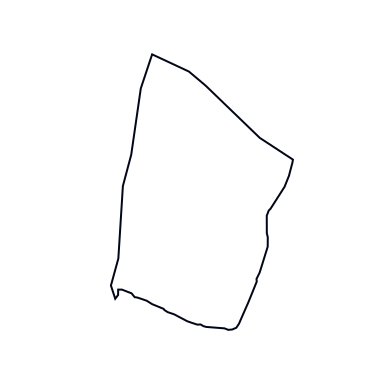 Dorra, Tadjourah, Djibouti, rotated 162°
{"feature_id": "41766387B22586556456338", "entity_name": "Dorra", "entity_type": "district", "adm_level": 2, "iso_a3": "DJI", "parent_name": "Djibouti", "parent_adm1": "Tadjourah", "projection": "orthographic", "projection_center": [42.487, 12.202], "detail": "fine", "context": "isolated", "style": "outline", "palette": "ink", "viewbox_px": 384, "rotation_deg": 162, "n_neighbors": 0, "source": "geoboundaries", "source_scale": "gbopen_adm2", "svg_char_len": 776}
<svg xmlns="http://www.w3.org/2000/svg" viewBox="0 0 384 384"><g transform="rotate(162 192 192)"><path d="M298.0,114.2L294.1,116.9L292.4,122.0L288.8,120.8L280.8,114.3L279.0,109.7L276.6,108.5L273.3,106.1L268.7,102.6L264.5,97.6L255.1,89.6L254.8,88.4L252.3,85.3L246.8,81.2L236.4,70.5L233.1,68.0L227.9,64.2L224.8,63.4L222.6,60.9L220.2,59.3L203.3,52.3L200.1,49.7L196.3,48.8L191.8,49.2L188.0,52.2L185.2,55.4L172.2,70.0L158.1,86.8L157.5,89.4L152.7,94.3L149.9,98.2L136.9,116.6L133.9,125.6L133.6,129.6L128.2,146.4L126.8,148.1L124.7,150.7L122.5,151.8L102.4,168.3L94.8,177.4L88.2,187.7L87.4,188.9L86.0,191.6L110.8,222.5L146.2,289.0L157.7,307.5L187.4,335.2L208.7,306.3L238.3,246.2L255.9,219.0L282.6,151.5L298.0,128.1L298.0,114.2Z" fill="none" stroke="#020617" stroke-width="2"/></g></svg>